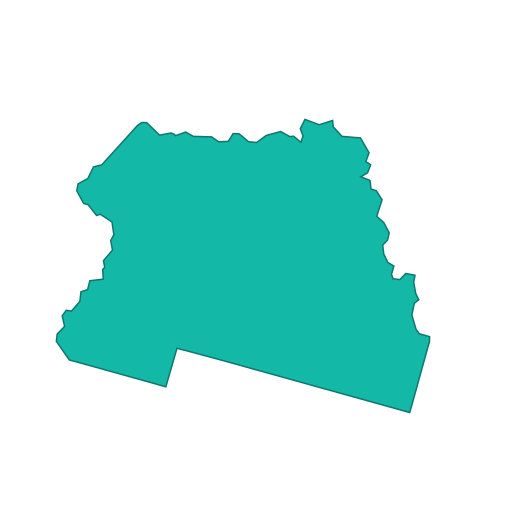 Jefferson, Montana, United States of America (Albers equal-area conic projection), rotated 106°
{"feature_id": "52423323B8727370524595", "entity_name": "Jefferson", "entity_type": "district", "adm_level": 2, "iso_a3": "USA", "parent_name": "United States of America", "parent_adm1": "Montana", "projection": "albers", "projection_center": [-112.213, 46.159], "detail": "fine", "context": "isolated", "style": "filled", "palette": "teal", "viewbox_px": 512, "rotation_deg": 106, "n_neighbors": 0, "source": "geoboundaries", "source_scale": "gbopen_adm2", "svg_char_len": 1310}
<svg xmlns="http://www.w3.org/2000/svg" viewBox="0 0 512 512"><g transform="rotate(106 256 256)"><path d="M364.1,65.1L354.7,65.1L290.2,65.7L285.7,66.9L285.7,77.6L282.4,81.9L269.8,89.9L257.8,90.8L253.2,87.5L247.9,92.2L237.7,97.2L230.7,97.8L231.5,107.2L239.0,111.2L240.1,118.0L236.2,120.7L227.6,120.7L226.0,127.4L218.9,133.7L210.6,137.2L204.6,134.0L197.1,134.3L188.6,142.4L184.6,150.9L167.2,150.3L160.0,158.5L160.0,163.8L151.9,167.3L151.0,177.1L145.3,171.7L136.7,170.9L135.0,176.4L125.6,175.8L113.7,188.1L117.3,206.3L110.5,217.4L104.6,219.7L112.4,231.4L111.2,246.6L121.4,248.5L127.7,243.9L134.3,244.2L130.5,252.8L131.9,256.6L129.5,266.5L137.2,279.3L146.7,286.7L148.2,294.7L143.2,305.9L144.6,311.7L148.8,312.9L153.5,314.3L156.5,323.6L153.7,331.4L158.3,349.3L156.2,357.7L162.5,366.5L161.5,368.2L161.2,371.7L166.4,382.0L157.9,397.8L159.2,402.6L163.2,405.9L210.9,429.4L215.2,436.8L227.8,439.0L235.7,446.9L242.7,446.3L253.1,436.1L252.9,431.7L261.0,420.4L258.8,417.2L263.0,403.8L274.8,398.5L281.2,399.9L289.9,395.6L302.5,401.3L308.7,398.3L311.2,399.7L320.3,396.4L325.6,408.9L334.7,408.6L338.7,414.4L348.2,412.8L359.8,418.2L360.5,423.5L367.0,425.8L376.4,420.6L385.8,425.6L393.1,424.4L407.4,406.8L407.0,366.7L406.6,306.6L366.5,306.5L365.7,266.4L364.1,65.1Z" fill="#14b8a6" stroke="#0f766e" stroke-width="1.5"/></g></svg>